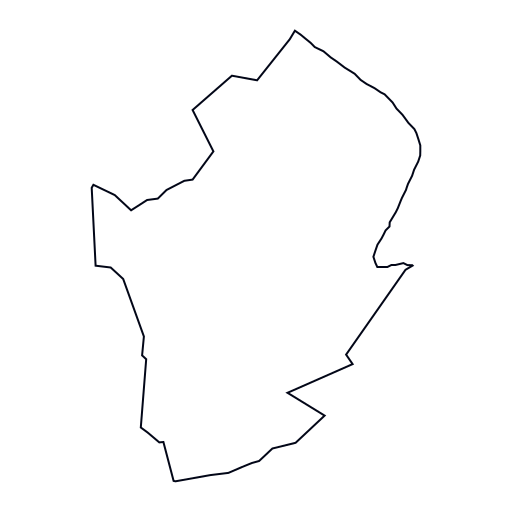 Bekwarra, Cross River, Nigeria
{"feature_id": "59680162B86980115162892", "entity_name": "Bekwarra", "entity_type": "district", "adm_level": 2, "iso_a3": "NGA", "parent_name": "Nigeria", "parent_adm1": "Cross River", "projection": "albers", "projection_center": [8.932, 6.698], "detail": "fine", "context": "isolated", "style": "outline", "palette": "ink", "viewbox_px": 512, "rotation_deg": 0, "n_neighbors": 0, "source": "geoboundaries", "source_scale": "gbopen_adm2", "svg_char_len": 1233}
<svg xmlns="http://www.w3.org/2000/svg" viewBox="0 0 512 512"><path d="M352.6,364.1L346.1,354.6L405.5,269.8L412.6,265.6L412.2,265.2L411.4,265.2L407.4,265.1L403.4,263.1L395.4,265.0L391.4,265.0L387.4,267.0L381.3,267.0L377.3,267.0L375.4,262.9L373.4,256.8L375.4,250.7L377.5,244.6L381.5,238.5L383.6,234.5L385.6,230.4L389.5,226.5L389.7,222.3L395.8,212.2L397.8,208.2L400.6,201.1L401.9,198.0L406.0,189.9L406.7,187.6L408.0,183.9L412.1,175.8L414.1,169.7L418.2,161.6L420.2,155.5L420.3,151.4L420.3,145.4L418.4,139.2L416.4,133.1L414.4,129.1L408.4,122.9L402.5,114.8L396.5,108.6L392.6,102.5L388.6,98.4L384.6,94.3L380.6,92.3L374.6,88.2L366.6,84.0L360.6,79.9L354.7,73.8L344.7,67.6L336.7,61.5L330.7,57.4L323.5,51.3L314.8,47.1L310.8,43.0L305.4,38.6L300.8,34.8L294.9,30.7L289.8,39.2L257.1,80.3L231.9,75.7L192.6,110.0L213.4,151.4L192.6,179.6L184.3,180.8L166.5,190.0L157.8,198.6L147.1,200.0L131.1,210.3L114.8,195.1L93.4,184.8L91.7,187.8L95.6,265.7L110.7,267.5L123.2,279.0L143.9,336.5L142.1,355.4L146.2,359.2L140.8,427.5L147.6,432.5L159.3,442.4L163.4,442.0L173.6,480.9L175.5,481.3L210.3,475.1L228.4,472.9L241.8,467.1L251.9,463.0L259.1,461.0L272.4,448.5L295.6,442.8L324.6,415.6L287.5,392.8L352.6,364.1Z" fill="none" stroke="#020617" stroke-width="2"/></svg>